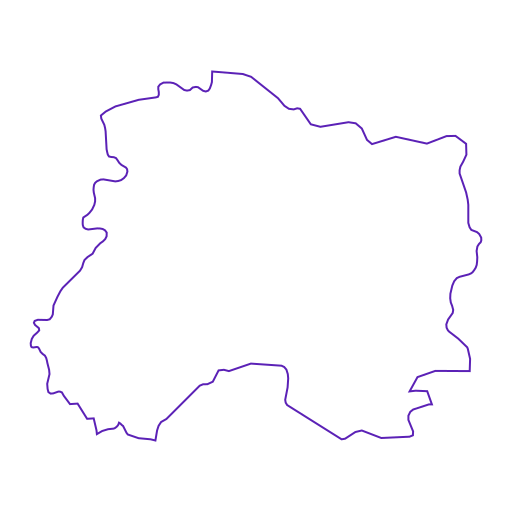 the border of Marne
{"feature_id": "FRA-5323", "entity_name": "Marne", "entity_type": "Metropolitan department", "adm_level": 1, "iso_a3": "FRA", "parent_name": "France", "parent_adm1": "", "projection": "mercator", "projection_center": [4.087, 48.967], "detail": "fine", "context": "isolated", "style": "outline", "palette": "violet", "viewbox_px": 512, "rotation_deg": 0, "n_neighbors": 0, "source": "natural_earth", "source_scale": "10m", "svg_char_len": 3178}
<svg xmlns="http://www.w3.org/2000/svg" viewBox="0 0 512 512"><path d="M469.7,371.1L435.3,370.9L417.5,377.1L409.6,391.4L415.6,390.7L427.2,391.2L431.9,404.4L428.9,404.4L413.2,409.5L410.3,411.8L408.4,415.7L408.4,419.9L413.1,431.4L412.9,435.3L409.5,436.7L381.3,438.0L361.8,430.5L355.4,432.0L345.1,438.7L341.6,439.3L287.2,405.1L285.7,402.7L285.2,399.8L287.6,387.4L288.2,378.4L287.8,374.1L286.4,369.6L284.2,367.0L281.5,365.7L250.9,363.6L228.9,371.1L223.9,369.8L218.6,370.4L212.8,381.7L207.4,384.2L203.0,384.3L199.7,385.7L166.4,419.0L161.1,422.0L158.6,425.8L157.1,430.4L155.4,440.5L150.6,439.3L138.6,438.2L127.8,434.5L126.5,432.8L123.1,426.0L121.9,425.1L120.3,423.5L119.0,422.7L118.4,424.5L117.8,425.5L116.5,426.9L114.9,428.1L113.7,428.6L108.1,429.2L102.2,431.0L96.9,434.1L96.5,430.4L93.7,418.4L87.1,418.8L77.6,403.6L70.0,404.1L63.8,395.8L61.9,392.4L59.9,391.6L58.3,391.6L53.2,393.4L50.6,393.6L48.4,392.1L47.6,388.9L47.2,383.8L49.5,374.1L49.1,369.8L47.4,363.1L46.9,360.6L46.2,358.0L44.9,355.6L42.7,354.0L40.6,351.9L39.2,348.9L38.4,347.7L37.7,347.1L36.5,347.0L33.3,347.5L31.8,347.2L31.4,346.9L30.9,345.7L30.7,343.1L31.8,338.9L33.7,335.7L37.2,332.6L39.2,330.4L38.9,328.2L35.0,324.9L33.9,322.8L34.7,320.9L37.8,319.8L47.1,320.0L49.7,319.3L51.8,316.7L52.8,314.4L53.5,305.5L57.5,296.7L60.4,291.2L62.8,287.7L80.0,270.7L82.1,267.2L83.3,263.0L84.5,260.0L87.6,257.0L92.6,253.7L95.7,247.9L100.3,243.2L102.9,241.4L105.2,239.1L106.6,236.3L106.7,232.6L105.0,230.3L102.7,229.0L100.1,228.5L97.2,228.4L88.2,229.5L85.6,228.8L83.6,227.4L82.9,225.5L82.7,224.1L82.7,222.1L82.8,219.9L83.3,217.5L87.4,214.8L89.4,212.9L92.1,209.5L94.3,204.9L95.1,201.4L95.1,198.2L93.8,192.6L93.5,189.8L93.7,187.2L94.1,184.7L95.2,182.8L96.9,181.3L100.6,179.6L103.5,179.4L115.3,181.4L118.2,181.0L121.1,180.1L123.9,178.1L126.2,175.4L127.4,171.6L127.1,169.2L126.0,167.6L121.4,164.9L119.2,162.8L117.6,160.3L116.0,158.1L113.8,157.2L111.3,157.0L109.0,156.5L107.8,154.6L107.2,152.2L106.6,149.3L105.6,131.3L105.1,128.1L104.3,124.8L101.3,118.6L100.9,115.5L105.8,111.5L115.5,106.4L138.7,99.8L155.8,97.4L157.9,96.8L158.8,94.8L158.8,92.1L158.3,89.3L158.3,86.7L160.1,84.4L163.5,82.6L170.1,82.5L173.5,83.1L176.4,84.4L184.2,90.0L187.0,90.6L189.9,90.1L192.7,87.5L195.9,86.9L198.0,87.2L203.1,90.8L205.8,91.5L208.3,90.6L209.8,88.5L211.1,85.0L211.9,82.1L212.2,71.5L242.7,74.0L251.1,76.8L278.0,98.2L284.4,105.8L288.9,108.8L293.7,109.4L297.2,108.3L300.1,108.8L310.8,124.3L320.4,126.8L348.5,122.2L355.7,123.3L361.8,128.5L367.0,139.9L372.0,144.1L395.8,136.8L426.9,143.6L446.5,136.1L455.5,135.9L466.1,143.8L466.4,154.7L463.1,161.8L460.4,166.6L459.6,170.2L459.6,173.5L466.1,192.4L467.7,199.7L468.3,204.8L468.3,222.9L469.6,227.3L471.3,229.9L477.0,232.1L479.2,234.0L481.2,237.6L481.3,240.3L480.8,242.0L480.3,242.7L479.8,243.1L478.9,244.1L477.4,246.5L476.6,251.0L477.3,257.2L477.1,261.5L476.7,264.9L475.7,267.7L474.2,270.1L472.6,272.2L471.2,273.3L468.8,274.4L459.6,276.8L456.8,278.1L454.2,281.2L452.3,285.6L450.4,293.7L450.2,298.3L450.8,302.5L452.1,305.8L453.2,309.9L452.7,313.0L448.1,319.5L446.3,324.4L446.6,327.7L447.9,330.3L449.1,331.6L458.2,338.6L467.2,347.3L467.8,348.8L470.1,358.9L469.7,371.1Z" fill="none" stroke="#5b21b6" stroke-width="2"/></svg>